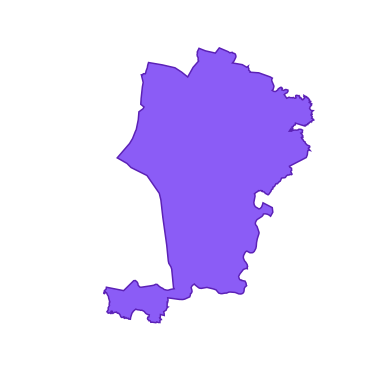 the district of Azoyú, Guerrero, Mexico, rotated 23°
{"feature_id": "50627088B36255961277224", "entity_name": "Azoyú", "entity_type": "district", "adm_level": 2, "iso_a3": "MEX", "parent_name": "Mexico", "parent_adm1": "Guerrero", "projection": "mercator", "projection_center": [-98.537, 16.655], "detail": "fine", "context": "isolated", "style": "filled", "palette": "violet", "viewbox_px": 384, "rotation_deg": 23, "n_neighbors": 0, "source": "geoboundaries", "source_scale": "gbopen_adm2", "svg_char_len": 5980}
<svg xmlns="http://www.w3.org/2000/svg" viewBox="0 0 384 384"><g transform="rotate(23 192 192)"><path d="M221.5,55.8L219.0,55.5L206.9,56.2L198.7,59.0L198.6,58.4L196.5,57.6L196.3,56.5L194.7,55.0L194.6,54.2L193.7,55.8L188.5,55.1L178.8,57.4L179.5,55.0L179.7,51.1L179.4,49.8L178.0,48.1L176.2,47.9L175.7,48.2L174.5,47.7L172.3,49.1L170.6,48.7L160.8,48.7L159.2,55.0L149.3,56.8L142.3,57.0L142.1,61.2L142.7,61.7L142.9,63.3L143.7,64.8L145.2,66.0L146.1,68.3L146.9,68.9L144.3,76.8L143.1,87.8L135.7,85.7L127.8,84.3L114.9,86.6L101.4,89.8L101.7,92.7L102.3,95.1L102.4,98.1L102.9,101.2L102.6,101.6L101.8,101.7L101.1,102.1L100.7,102.9L100.7,103.5L99.6,103.9L104.3,110.3L105.2,114.5L108.6,125.7L110.6,131.3L114.6,132.5L114.4,134.5L111.8,138.9L114.3,146.5L116.3,156.4L116.2,158.0L116.4,166.0L115.6,171.7L109.8,189.8L121.0,191.1L126.3,193.3L144.1,194.4L162.4,206.0L166.4,211.4L175.1,226.8L189.5,250.8L197.1,264.7L198.5,266.7L201.8,269.1L203.5,271.0L212.3,287.2L213.4,288.0L210.4,290.0L208.3,291.8L206.7,292.3L204.3,292.6L202.6,292.1L201.0,292.1L198.8,291.7L196.1,290.7L194.7,291.1L193.2,292.8L190.6,294.5L182.3,299.6L181.0,299.9L178.8,298.8L177.8,297.2L176.6,296.3L174.5,295.6L173.0,296.4L167.6,309.5L150.4,313.1L150.9,315.0L149.9,317.0L150.0,317.6L150.9,317.6L151.0,318.2L150.2,319.0L150.3,319.6L150.5,319.8L151.2,319.7L151.5,318.6L151.9,318.1L152.8,318.2L154.1,319.5L155.9,320.8L156.7,322.2L159.3,325.3L159.0,325.8L159.4,326.3L159.5,327.6L160.3,328.4L160.1,331.5L160.9,332.8L160.5,335.5L161.2,335.5L162.2,336.3L163.2,335.5L164.9,335.6L165.1,335.2L164.1,333.8L164.2,333.2L165.2,333.0L165.9,334.5L166.6,334.7L167.3,333.4L169.5,332.0L170.6,332.7L171.7,332.3L173.4,332.9L175.2,334.6L176.1,335.0L177.5,334.3L177.7,333.6L178.8,333.5L178.9,334.6L179.5,334.6L180.6,333.4L181.4,333.8L182.8,333.2L183.3,333.7L185.0,333.2L184.5,331.3L184.1,327.1L184.7,324.4L186.0,321.8L187.5,321.8L189.8,321.1L191.0,321.0L192.1,320.4L194.6,320.6L196.9,321.8L198.9,322.1L200.7,321.8L201.1,323.8L200.2,324.5L200.5,326.0L201.2,326.6L202.4,326.9L202.7,327.3L203.6,326.9L204.5,327.4L205.0,328.0L206.5,327.3L209.9,326.4L210.3,325.4L212.0,325.3L213.5,324.7L212.7,322.7L212.9,321.8L213.7,321.4L213.6,321.2L211.8,320.9L211.3,320.4L211.8,319.8L210.8,317.1L214.7,316.5L213.7,314.5L212.7,313.3L214.4,310.7L214.2,309.4L214.5,307.8L214.9,307.2L213.9,307.3L212.2,303.1L212.7,303.1L212.3,301.1L211.0,298.9L222.4,295.8L225.5,294.6L227.2,293.4L230.9,289.4L230.7,287.1L230.3,286.2L230.9,285.4L231.0,283.8L230.2,282.3L228.5,280.3L228.8,278.0L230.1,275.8L231.1,276.3L235.4,277.5L236.4,277.6L238.2,277.1L243.0,274.0L249.4,272.9L252.3,272.7L256.1,274.6L258.3,274.3L259.3,273.9L261.7,272.3L263.4,271.5L264.9,269.9L266.1,269.2L271.0,267.6L275.0,267.5L277.0,266.7L278.3,265.5L278.7,264.1L278.6,262.9L277.8,260.3L278.0,258.7L278.9,256.9L278.2,256.2L277.4,254.8L275.6,253.3L272.1,254.1L272.0,253.7L270.8,254.0L270.1,253.9L269.3,253.3L267.9,251.5L268.1,248.6L269.6,243.2L271.1,241.7L272.0,241.1L272.9,241.0L272.1,239.3L272.3,238.9L271.1,237.2L269.0,235.7L267.2,234.8L265.0,232.6L264.3,230.6L264.5,227.1L265.0,225.6L265.4,225.1L266.0,225.0L268.9,225.3L269.9,225.0L271.6,224.1L272.5,222.4L272.8,219.0L272.4,216.9L271.2,213.4L270.4,209.6L269.9,204.1L269.5,203.0L265.4,198.4L263.3,197.2L262.6,196.2L262.3,195.0L262.4,193.2L262.7,191.9L265.9,187.2L266.4,185.8L266.3,184.4L267.8,183.5L270.1,183.0L272.0,183.1L273.8,183.6L274.3,179.0L272.0,175.0L261.6,174.2L261.9,176.5L261.9,178.9L261.1,180.7L260.2,181.4L256.0,180.8L254.2,179.4L253.0,177.5L251.7,171.3L250.9,169.8L250.2,169.3L251.1,167.5L252.6,165.4L252.6,164.8L254.0,164.4L254.3,163.9L256.1,163.4L256.2,164.1L258.7,163.8L260.1,164.7L260.7,164.6L262.8,164.9L263.3,164.7L263.9,163.1L263.9,162.3L264.4,160.7L264.3,159.2L264.5,158.2L265.1,157.8L265.0,156.5L264.6,156.0L265.4,155.2L265.8,154.3L266.0,151.7L266.5,151.5L266.7,151.1L267.3,151.1L268.3,148.4L269.0,147.5L269.0,144.3L270.3,143.3L271.1,143.1L272.3,142.1L272.6,140.3L273.4,139.0L274.7,138.5L275.1,137.7L276.9,137.1L277.1,136.4L276.4,136.0L275.7,135.2L275.0,134.9L274.8,134.1L275.3,133.2L274.3,131.2L272.2,130.9L271.6,130.2L283.7,115.6L283.6,112.6L282.5,109.1L282.7,108.7L282.6,108.3L283.1,107.8L284.4,107.6L282.1,106.4L282.0,106.0L282.8,105.0L282.6,104.5L282.7,104.3L282.2,103.7L279.8,103.8L278.1,103.1L277.0,102.5L276.5,101.7L274.9,101.5L273.8,100.5L272.5,100.1L271.3,99.1L271.4,98.8L272.2,99.0L272.8,98.6L272.8,98.4L272.3,97.8L272.2,97.1L271.2,96.6L270.9,96.1L269.8,95.7L269.1,95.3L270.4,94.2L269.8,92.8L269.7,91.9L268.0,91.7L266.7,92.1L265.6,92.7L265.5,93.3L264.2,94.2L262.6,94.7L260.4,96.1L259.9,97.1L257.8,98.0L258.1,96.3L258.2,96.5L258.5,95.9L259.5,95.9L259.5,95.3L260.3,94.9L259.9,94.0L259.1,94.2L258.7,93.1L259.6,92.1L259.6,91.0L260.8,89.8L260.3,88.2L270.0,87.2L269.8,86.8L270.3,86.8L270.9,86.3L270.8,85.5L271.5,85.3L271.8,84.8L272.2,84.6L271.8,83.9L272.8,83.1L272.7,82.5L273.4,81.7L273.5,81.0L274.1,80.7L274.3,80.2L274.7,80.5L274.7,79.3L276.0,78.2L275.6,77.7L273.3,77.3L273.4,75.9L271.4,74.6L271.5,74.4L272.0,74.2L272.3,73.6L272.1,73.3L271.2,72.9L271.0,72.0L271.2,71.5L271.0,70.7L271.5,70.3L271.7,69.8L270.1,70.4L269.4,70.2L267.6,69.2L267.4,67.6L268.1,65.1L267.2,64.9L267.5,63.9L265.0,63.8L265.2,63.0L265.6,62.9L265.8,62.2L264.2,62.2L264.2,61.3L262.4,60.2L262.1,60.4L261.7,60.1L261.0,60.1L260.7,59.7L260.4,59.6L260.2,59.9L259.3,59.5L258.9,60.5L257.8,59.5L257.4,59.4L257.8,60.2L257.6,60.3L258.1,60.8L258.7,60.9L258.9,61.3L258.2,63.4L257.8,63.3L257.5,64.0L256.5,63.7L256.0,62.9L255.7,63.0L254.8,62.7L254.8,63.0L254.4,63.2L253.4,61.7L252.9,61.5L252.8,61.8L250.7,62.0L249.9,62.6L249.9,63.1L250.3,63.9L250.9,64.4L250.9,64.9L250.3,65.4L249.9,65.6L248.2,65.4L247.8,66.0L246.9,66.2L245.8,66.7L244.3,66.8L242.6,68.7L238.8,66.3L239.7,64.6L240.8,63.4L241.0,61.7L240.5,60.7L238.5,60.9L238.2,61.2L237.9,61.2L236.6,62.7L234.8,62.9L234.7,61.3L233.8,60.9L233.8,61.3L232.6,61.1L231.1,63.3L231.0,64.6L229.7,66.8L228.1,67.4L226.1,67.1L226.6,65.7L226.2,62.9L225.8,62.2L222.0,58.5L221.4,57.1L221.5,55.8Z" fill="#8b5cf6" stroke="#5b21b6" stroke-width="1.5"/></g></svg>